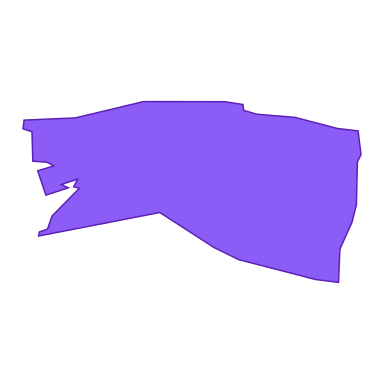 outline of South West Inner City Lea-5, Dublin, Ireland
{"feature_id": "5873133B41660382449043", "entity_name": "South West Inner City Lea-5", "entity_type": "district", "adm_level": 2, "iso_a3": "IRL", "parent_name": "Ireland", "parent_adm1": "Dublin", "projection": "albers", "projection_center": [-6.305, 53.339], "detail": "fine", "context": "isolated", "style": "filled", "palette": "violet", "viewbox_px": 384, "rotation_deg": 0, "n_neighbors": 0, "source": "geoboundaries", "source_scale": "gbopen_adm2", "svg_char_len": 570}
<svg xmlns="http://www.w3.org/2000/svg" viewBox="0 0 384 384"><path d="M123.8,219.5L159.8,212.5L214.1,247.6L238.8,259.7L315.6,279.5L338.5,282.4L339.9,249.2L351.9,222.5L356.4,204.9L357.4,161.9L361.0,154.6L358.1,130.9L337.5,128.5L295.1,117.4L256.6,114.2L243.6,110.3L243.0,104.5L224.6,101.7L143.4,101.6L75.3,117.9L24.1,120.1L23.0,128.8L32.0,131.8L32.8,161.2L47.0,162.2L53.7,165.9L37.7,170.8L45.9,195.1L68.3,187.8L61.3,184.5L77.6,179.1L73.7,186.8L79.3,188.3L52.0,216.1L47.5,229.1L39.3,231.9L38.6,236.0L123.8,219.5Z" fill="#8b5cf6" stroke="#5b21b6" stroke-width="1.5"/></svg>